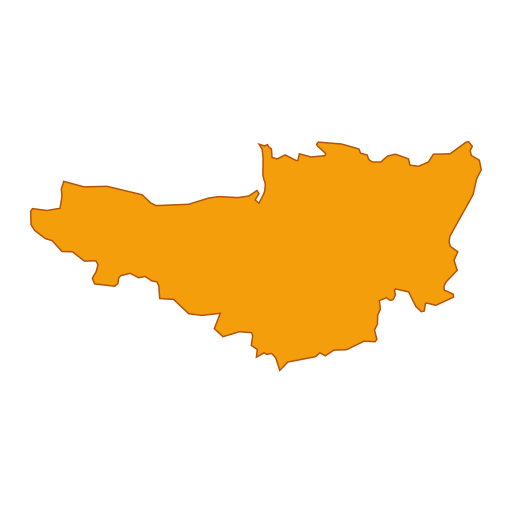 Somerset, orthographic projection
{"feature_id": "GBR-2047", "entity_name": "Somerset", "entity_type": "Administrative County", "adm_level": 1, "iso_a3": "GBR", "parent_name": "United Kingdom", "parent_adm1": "", "projection": "orthographic", "projection_center": [-2.947, 51.075], "detail": "fine", "context": "isolated", "style": "filled", "palette": "amber", "viewbox_px": 512, "rotation_deg": 0, "n_neighbors": 0, "source": "natural_earth", "source_scale": "10m", "svg_char_len": 1969}
<svg xmlns="http://www.w3.org/2000/svg" viewBox="0 0 512 512"><path d="M63.6,181.3L84.1,186.9L106.9,186.3L142.2,194.8L150.6,202.9L156.1,205.6L188.5,204.3L208.9,198.0L219.1,196.6L237.8,197.6L248.9,196.0L256.9,190.5L259.0,193.6L255.1,200.0L259.0,203.1L263.8,193.8L264.8,190.5L265.3,184.7L264.8,181.8L263.8,179.3L262.9,175.1L263.1,158.1L262.2,149.5L259.1,144.2L264.6,145.9L267.5,144.6L267.7,144.9L268.4,146.6L268.5,146.7L271.4,148.9L272.1,157.5L277.3,158.9L285.1,154.9L296.5,160.7L298.0,160.3L299.3,153.8L311.2,157.0L324.9,155.7L325.8,154.1L324.8,152.7L317.3,145.8L316.6,144.3L318.4,142.1L341.4,144.0L346.4,145.4L358.9,149.0L360.5,153.1L367.2,155.0L368.7,159.5L372.4,162.0L380.8,162.0L387.6,156.0L395.4,154.2L408.5,158.9L409.9,165.1L418.5,166.3L428.4,162.0L433.4,154.2L450.1,153.8L465.8,142.4L468.5,141.6L472.3,146.3L470.2,150.7L471.3,155.5L479.3,160.2L481.3,169.8L476.7,178.6L473.0,194.8L449.9,236.2L449.1,241.9L450.4,246.5L457.8,251.7L454.0,260.2L457.2,270.3L445.9,282.1L443.9,286.5L444.2,290.0L453.2,294.2L453.6,297.1L435.8,305.3L426.7,303.0L425.3,303.8L424.3,311.0L421.3,311.7L415.9,306.5L408.6,291.9L395.4,288.9L394.5,290.1L395.4,295.0L393.2,299.5L390.1,300.4L386.5,297.7L379.3,300.6L380.4,309.1L377.7,315.0L377.4,324.1L374.5,330.0L376.9,339.4L375.1,341.7L364.0,341.2L346.5,349.7L333.9,350.1L325.3,355.8L319.9,352.8L315.5,356.7L287.8,362.0L279.8,370.4L275.7,357.7L271.6,353.4L266.9,354.4L264.2,352.8L256.4,357.2L257.3,349.5L251.3,345.4L252.7,335.7L251.6,332.7L239.4,331.7L223.0,336.7L214.3,328.6L220.3,313.3L202.0,315.4L188.7,313.7L173.6,299.4L159.7,298.5L158.8,285.9L157.0,281.9L151.5,280.8L145.1,276.4L138.8,277.7L130.1,273.3L120.7,275.7L118.7,278.0L117.9,283.6L114.7,286.2L94.6,283.9L92.3,278.3L96.2,271.6L98.0,264.6L95.8,260.8L84.4,261.1L72.5,251.8L62.0,251.5L52.1,240.6L45.3,238.6L34.6,230.4L31.0,224.5L30.7,211.2L32.5,208.6L46.9,210.5L60.0,208.3L62.0,196.2L61.3,189.0L62.7,184.9L63.1,184.1L63.6,181.3Z" fill="#f59e0b" stroke="#b45309" stroke-width="1.5"/></svg>